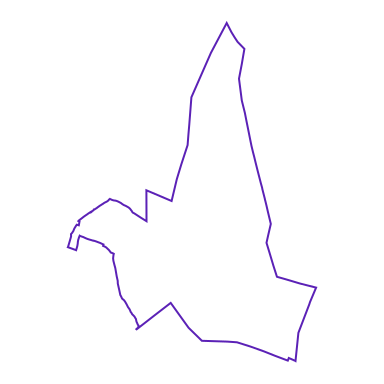 outline of San Jerónimo Tlacochahuaya, Oaxaca, Mexico
{"feature_id": "50627088B1648916665378", "entity_name": "San Jerónimo Tlacochahuaya", "entity_type": "district", "adm_level": 2, "iso_a3": "MEX", "parent_name": "Mexico", "parent_adm1": "Oaxaca", "projection": "natural_earth1", "projection_center": [-96.569, 17.019], "detail": "fine", "context": "isolated", "style": "outline", "palette": "violet", "viewbox_px": 384, "rotation_deg": 0, "n_neighbors": 0, "source": "geoboundaries", "source_scale": "gbopen_adm2", "svg_char_len": 3459}
<svg xmlns="http://www.w3.org/2000/svg" viewBox="0 0 384 384"><path d="M136.0,329.8L154.5,315.4L170.7,302.9L188.6,327.8L201.9,340.8L227.2,341.6L231.5,341.9L237.0,342.3L250.3,346.5L264.0,351.4L274.8,355.7L287.8,360.6L288.8,358.0L289.2,358.2L289.5,358.3L290.4,358.7L290.7,358.8L291.1,359.0L291.4,359.1L291.7,359.3L292.1,359.4L292.4,359.6L293.2,359.9L293.6,360.1L293.9,360.3L294.3,360.4L294.7,360.6L295.0,360.7L295.5,361.0L298.4,332.8L309.3,304.3L310.0,302.1L316.1,287.6L299.9,283.5L290.9,280.8L285.8,279.3L282.3,278.3L277.0,276.8L276.9,276.6L276.7,276.0L273.4,265.7L269.6,253.0L266.5,242.8L268.1,235.6L270.6,224.8L270.8,223.9L269.8,219.7L269.1,216.8L267.9,211.8L266.5,205.7L265.3,200.8L265.0,199.8L264.8,198.7L262.4,189.3L262.1,187.7L260.9,183.4L257.7,171.0L257.2,169.0L256.5,166.2L255.5,162.2L254.2,156.8L253.0,152.2L251.5,146.0L250.3,140.1L248.0,128.6L246.3,120.2L244.9,113.0L241.8,100.5L239.0,78.7L241.8,64.0L243.2,55.8L244.4,48.9L237.6,41.9L234.7,37.5L231.5,32.3L226.7,23.0L210.9,52.9L191.4,97.3L189.3,124.3L188.4,134.8L187.6,145.1L181.3,164.4L176.8,179.2L171.6,201.0L146.4,190.3L146.5,221.2L141.2,217.9L134.0,213.2L133.7,213.1L133.3,212.9L132.8,212.6L132.4,212.2L131.9,211.2L131.1,210.2L130.6,209.5L129.9,208.6L128.6,207.5L127.4,206.8L125.6,205.8L123.9,205.1L123.1,204.6L122.3,204.1L121.8,203.7L120.9,203.0L119.2,202.1L118.0,201.5L117.0,201.1L116.6,200.9L116.1,200.8L115.6,200.7L115.0,200.5L114.4,200.5L113.7,200.4L113.0,200.2L112.2,200.0L111.4,199.6L110.2,199.1L109.9,198.9L108.9,199.7L108.5,200.3L108.3,200.5L107.3,201.3L105.8,202.1L105.3,202.3L103.9,203.1L103.5,203.4L103.2,203.7L103.0,203.8L102.9,203.8L102.6,204.0L102.2,204.2L102.0,204.4L101.7,204.6L101.4,204.8L101.0,205.0L100.6,205.3L100.2,205.5L99.8,205.8L99.5,205.9L99.2,206.2L98.8,206.5L98.3,206.9L97.7,207.2L97.3,207.6L97.1,207.7L96.9,207.9L96.8,208.0L96.5,208.2L96.2,208.4L96.0,208.5L95.6,208.7L95.3,208.9L94.8,209.3L94.4,209.4L94.0,209.5L93.8,209.5L93.7,209.8L93.6,210.0L93.5,210.3L93.2,210.5L92.7,210.8L92.4,211.0L92.0,211.2L91.7,211.4L91.3,211.6L91.4,212.0L91.1,212.2L91.0,211.8L90.6,212.0L87.9,213.8L87.7,214.0L84.9,215.9L83.5,216.9L82.0,218.1L78.6,220.7L78.4,221.0L79.5,221.5L79.3,222.6L79.2,223.2L79.1,223.8L78.8,225.3L76.8,224.7L76.2,225.5L75.5,226.6L75.3,227.0L75.0,227.4L74.3,228.6L73.2,231.3L72.6,232.1L72.2,232.8L71.0,234.1L71.1,236.2L70.9,237.1L69.9,240.6L68.7,244.7L68.0,247.0L67.9,247.2L69.3,247.7L72.4,248.8L73.7,249.3L75.4,249.9L76.1,250.2L76.7,248.2L77.3,246.1L77.7,243.8L77.9,241.6L78.1,240.6L78.2,239.9L78.4,239.3L78.7,238.4L79.0,237.3L79.3,236.7L79.7,235.7L80.0,235.9L80.5,236.1L81.9,236.6L82.5,236.8L83.4,237.1L84.6,237.7L85.7,238.2L85.9,238.3L86.1,238.4L86.4,238.5L86.9,238.7L87.6,239.0L88.0,239.1L88.6,239.3L89.5,239.6L90.3,239.8L91.3,240.1L92.6,240.5L93.2,240.7L93.3,240.6L93.8,240.7L94.5,240.9L96.0,241.4L97.6,242.0L98.9,242.5L99.8,242.8L100.7,243.2L102.3,244.0L103.5,244.5L103.1,245.9L104.8,246.6L105.8,247.2L106.3,247.5L107.4,248.6L108.8,249.9L110.3,251.8L110.7,252.5L111.9,252.9L113.3,253.5L113.8,253.8L113.5,254.9L113.1,258.3L113.4,260.8L114.4,264.8L115.3,268.1L116.7,276.3L117.7,280.8L117.8,283.6L119.4,290.7L120.3,295.0L121.0,296.2L122.1,298.6L124.0,300.2L125.1,301.7L126.6,304.3L128.0,307.1L129.4,309.0L130.1,310.4L130.6,311.8L131.6,313.1L132.2,314.3L133.2,315.2L134.5,316.6L135.4,318.2L135.9,318.9L136.3,320.8L136.5,321.7L137.3,323.4L137.8,324.7L138.5,325.5L138.4,326.7L138.0,327.7L136.3,329.1L136.0,329.8Z" fill="none" stroke="#5b21b6" stroke-width="2"/></svg>